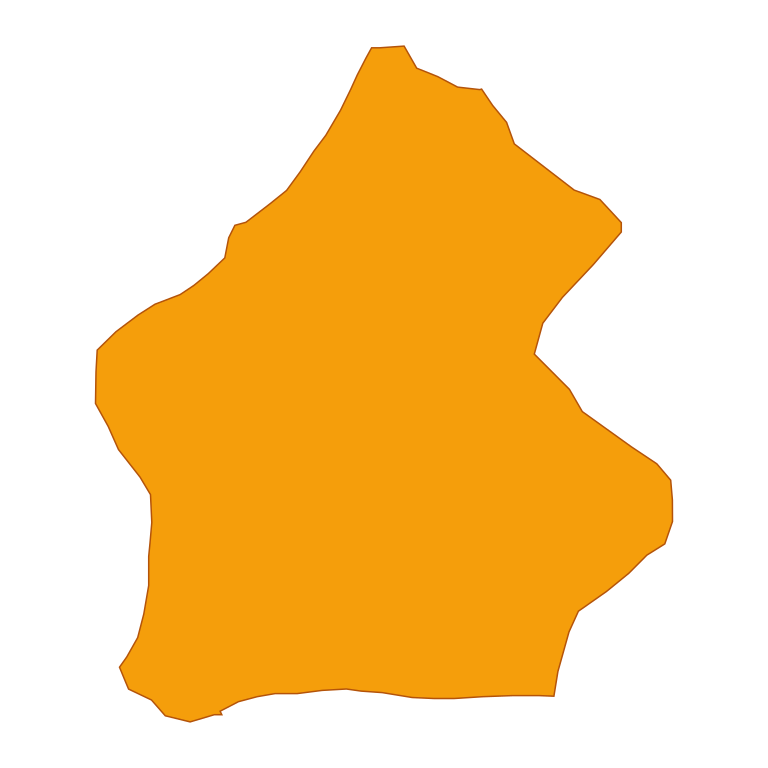 Dashkasan District, Daşkəsən, Azerbaijan (orthographic projection)
{"feature_id": "54616110B88384638285498", "entity_name": "Dashkasan District", "entity_type": "district", "adm_level": 2, "iso_a3": "AZE", "parent_name": "Azerbaijan", "parent_adm1": "Daşkəsən", "projection": "orthographic", "projection_center": [46.034, 40.48], "detail": "fine", "context": "isolated", "style": "filled", "palette": "amber", "viewbox_px": 768, "rotation_deg": 0, "n_neighbors": 0, "source": "geoboundaries", "source_scale": "gbopen_adm2", "svg_char_len": 1210}
<svg xmlns="http://www.w3.org/2000/svg" viewBox="0 0 768 768"><path d="M553.9,696.2L557.9,671.5L569.0,631.9L578.4,611.2L606.7,591.3L628.9,573.2L646.9,555.1L664.8,543.9L672.5,521.5L672.4,500.0L670.7,480.2L656.9,463.9L631.2,446.7L582.3,411.6L569.4,389.3L534.3,354.1L542.8,323.2L562.4,297.4L593.2,264.7L621.3,232.0L621.3,222.6L599.9,199.5L574.2,190.1L514.3,143.9L506.6,122.4L492.6,105.4L481.6,89.1L479.7,89.6L457.6,87.1L437.7,76.6L416.7,68.2L404.1,46.1L379.6,47.8L371.6,47.8L366.0,58.0L357.3,74.9L350.6,89.6L340.5,110.3L325.8,135.3L313.9,151.1L300.2,171.8L286.6,190.4L270.5,203.4L245.9,222.3L234.9,225.3L228.7,237.8L224.8,257.9L208.2,273.7L194.0,285.3L180.1,294.6L155.0,304.2L138.1,315.0L116.1,331.6L97.2,350.1L96.0,371.8L95.5,403.5L108.2,426.4L118.5,449.6L140.1,477.2L150.5,494.6L151.8,522.5L150.0,543.1L148.7,556.4L148.7,585.5L143.8,614.0L137.7,637.6L126.8,656.9L119.5,667.2L125.9,682.7L128.6,689.1L151.5,700.0L165.3,715.8L190.1,721.9L214.3,714.7L221.8,714.7L220.1,711.2L238.4,701.7L257.1,696.7L275.0,693.6L297.1,693.6L322.1,690.4L346.4,689.0L361.1,691.1L382.2,692.6L412.1,697.5L433.9,698.5L454.3,698.5L482.4,696.7L512.3,695.6L539.3,695.6L553.9,696.2Z" fill="#f59e0b" stroke="#b45309" stroke-width="1.5"/></svg>